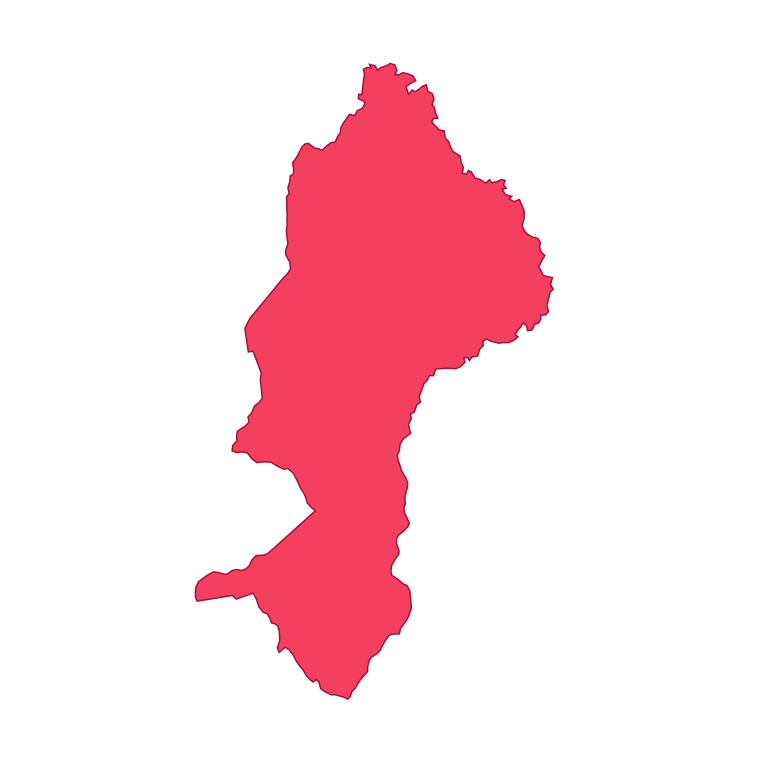 outline of Ventania, Paraná, Brazil, rotated 10°
{"feature_id": "56859067B80922571425855", "entity_name": "Ventania", "entity_type": "district", "adm_level": 2, "iso_a3": "BRA", "parent_name": "Brazil", "parent_adm1": "Paraná", "projection": "natural_earth1", "projection_center": [-50.238, -24.192], "detail": "fine", "context": "isolated", "style": "filled", "palette": "rose", "viewbox_px": 768, "rotation_deg": 10, "n_neighbors": 0, "source": "geoboundaries", "source_scale": "gbopen_adm2", "svg_char_len": 4243}
<svg xmlns="http://www.w3.org/2000/svg" viewBox="0 0 768 768"><g transform="rotate(10 384 384)"><path d="M394.3,124.3L388.6,120.1L385.5,117.7L386.5,114.0L390.9,113.0L387.9,108.5L385.5,102.8L382.8,100.3L383.9,95.3L381.1,89.6L376.4,88.2L373.7,81.9L370.2,84.2L366.7,88.1L364.1,90.7L360.6,89.6L357.8,94.4L354.1,87.3L357.9,83.4L362.6,79.8L358.9,75.6L353.0,74.3L348.6,74.1L345.3,76.7L341.1,77.6L342.3,72.8L339.1,67.8L334.4,67.3L330.9,70.3L326.0,72.8L323.2,76.0L320.0,72.2L314.2,71.8L316.5,75.1L312.3,75.2L309.0,77.6L310.9,81.8L311.2,90.5L311.6,97.4L312.1,102.7L308.8,103.1L309.1,107.5L313.7,108.7L316.7,110.4L314.8,116.3L310.3,119.3L308.5,124.7L303.2,124.4L300.9,129.5L298.4,134.6L296.9,139.6L297.4,144.0L295.4,148.2L293.9,154.1L289.7,155.8L285.7,160.0L282.6,164.4L278.7,163.7L274.7,163.7L267.9,160.2L264.7,161.2L262.0,164.8L259.9,171.9L258.3,176.8L255.5,182.0L257.6,187.7L258.4,192.7L255.5,195.4L256.1,201.1L255.3,207.8L257.6,213.1L255.5,216.5L256.9,222.9L258.1,229.7L259.5,235.0L260.0,239.8L261.1,244.5L261.1,249.4L262.8,255.9L265.0,262.6L263.9,269.2L264.8,273.8L269.9,280.3L272.0,286.8L270.1,291.4L267.6,295.4L264.8,299.8L240.4,343.0L237.3,353.3L244.8,376.0L249.4,374.5L261.3,394.7L261.4,401.0L266.6,419.0L264.3,423.7L260.2,428.3L258.6,435.8L255.8,439.9L257.7,445.1L254.5,449.6L250.6,453.2L247.8,456.2L247.8,460.2L249.0,465.4L245.7,470.9L246.1,476.4L251.5,477.1L255.7,475.6L261.5,475.6L266.4,480.3L272.5,483.5L277.6,482.0L281.3,481.2L286.2,480.6L291.9,482.9L295.8,484.2L300.3,485.4L303.9,483.9L310.0,487.5L315.4,494.4L319.9,501.2L322.9,504.1L326.8,509.6L329.0,514.4L334.2,518.4L338.3,520.9L299.4,570.7L295.5,573.4L287.8,575.1L284.5,580.2L282.6,586.9L279.4,590.6L276.4,592.3L271.5,592.3L266.8,594.0L262.4,598.6L258.2,599.1L254.2,598.4L248.7,598.6L245.3,601.3L242.3,603.9L239.8,606.6L235.6,611.0L233.9,617.5L234.7,623.6L235.6,627.4L237.7,630.3L271.4,618.6L275.7,621.5L291.5,612.7L295.6,617.9L299.4,625.1L304.8,629.9L309.0,630.6L312.4,634.7L314.5,638.7L318.4,639.1L321.5,640.8L323.6,645.3L324.9,650.0L325.8,654.9L324.7,662.5L327.5,666.5L330.1,663.0L332.5,660.5L336.8,662.2L341.5,666.6L345.2,671.5L349.0,675.5L353.9,679.6L357.8,684.2L362.0,687.8L366.0,689.8L368.6,686.8L371.7,688.9L374.5,695.0L378.3,696.9L385.5,699.2L390.2,698.5L394.9,699.0L399.1,699.4L402.9,700.7L405.1,697.5L405.8,692.7L408.7,688.1L411.4,680.9L414.8,674.7L417.7,670.2L417.0,664.9L417.5,659.5L418.7,655.7L424.5,650.1L426.5,647.2L427.7,642.7L429.6,637.0L432.7,630.7L435.9,628.7L442.6,627.4L442.8,621.5L444.7,618.0L447.1,613.1L448.6,608.3L449.8,599.7L447.5,590.8L445.2,582.9L441.5,578.4L437.2,577.4L431.4,573.8L424.9,571.1L423.3,567.3L423.0,561.4L425.6,553.9L428.1,549.3L427.7,545.5L424.1,539.2L423.2,533.5L425.1,529.7L429.7,524.5L432.1,520.7L433.1,516.7L429.5,511.1L426.3,507.1L425.1,502.7L425.8,498.4L424.4,493.0L424.4,487.9L424.9,483.5L424.6,477.2L422.5,473.7L416.5,466.5L412.8,459.5L410.7,455.6L409.5,452.0L410.7,447.0L410.3,440.5L412.3,435.0L415.6,431.4L418.9,427.7L417.0,424.3L415.2,419.3L416.9,413.6L415.3,409.0L418.6,406.4L420.0,398.8L423.0,395.6L420.9,390.3L421.7,386.1L422.6,381.1L423.4,376.4L426.0,372.7L427.3,367.8L431.2,367.2L432.5,360.1L437.4,359.0L441.2,358.0L447.2,357.1L452.0,356.5L456.1,353.8L460.0,348.7L458.2,344.5L461.8,343.3L464.2,346.0L465.8,342.1L471.4,340.2L472.1,333.4L475.1,328.8L474.0,325.0L477.2,321.8L481.4,323.2L485.4,323.6L489.5,323.9L494.7,322.5L499.5,321.6L502.5,319.7L505.3,317.3L507.7,314.2L504.6,312.6L506.2,307.9L508.6,304.4L510.4,299.6L514.6,302.4L516.1,306.5L520.3,305.2L522.2,298.9L525.6,297.1L527.2,292.9L526.5,289.0L531.2,287.8L533.4,284.0L530.7,278.0L531.8,264.7L534.1,261.4L530.7,256.8L531.4,250.0L525.2,249.9L521.5,249.2L519.1,245.2L516.0,241.8L518.4,233.9L520.1,229.5L515.9,226.7L513.4,222.4L513.6,217.9L510.2,213.9L504.3,213.5L499.5,211.6L495.7,208.9L492.5,203.8L493.2,197.2L492.4,191.0L490.9,187.3L488.1,183.1L485.3,178.8L480.4,181.8L475.1,179.9L477.2,177.0L470.8,176.5L466.5,171.6L470.4,170.1L467.2,167.1L467.9,162.5L464.1,162.3L460.4,165.0L454.9,167.1L452.5,164.4L449.2,168.5L443.8,166.1L437.8,165.2L433.2,159.9L430.0,159.1L428.9,163.1L424.4,162.9L424.6,157.0L421.6,152.4L419.3,146.1L415.8,144.8L411.6,143.2L408.3,138.9L405.8,134.3L401.4,130.8L399.5,124.3L394.3,124.3Z" fill="#f43f5e" stroke="#9f1239" stroke-width="1.5"/></g></svg>